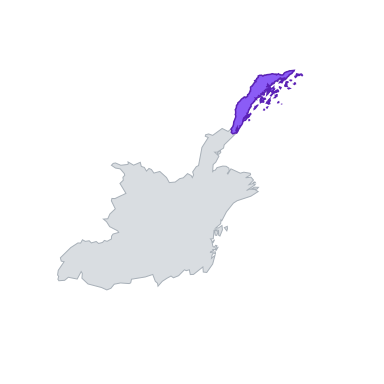 Tanintharyi on a map of Myanmar (orthographic projection), rotated 231°
{"feature_id": "MMR-3279", "entity_name": "Tanintharyi", "entity_type": "Division", "adm_level": 1, "iso_a3": "MMR", "parent_name": "Myanmar", "parent_adm1": "", "projection": "orthographic", "projection_center": [98.437, 12.445], "detail": "fine", "context": "in_parent", "style": "filled", "palette": "violet", "viewbox_px": 384, "rotation_deg": 231, "n_neighbors": 0, "source": "natural_earth", "source_scale": "10m", "svg_char_len": 9843}
<svg xmlns="http://www.w3.org/2000/svg" viewBox="0 0 384 384"><g transform="rotate(231 192 192)"><path d="M247.6,170.5L243.8,168.7L241.1,170.4L236.9,169.8L237.4,173.4L235.0,174.6L230.7,174.3L228.2,179.9L219.3,181.3L213.6,180.3L210.3,185.2L210.1,190.8L208.5,194.2L209.1,200.1L205.4,201.7L203.0,201.3L204.3,204.0L207.2,205.2L209.0,211.3L208.4,213.7L220.4,227.8L224.1,238.9L227.0,237.4L227.9,238.5L226.7,241.4L223.0,243.7L222.4,255.4L216.3,258.2L216.5,262.1L217.2,264.9L222.6,272.7L228.7,278.1L232.1,283.8L232.8,292.1L231.9,295.6L233.5,300.6L236.7,303.9L240.2,317.1L233.1,328.7L225.8,336.4L224.9,344.5L222.5,347.2L221.4,344.6L220.9,336.1L224.4,330.8L225.5,320.4L227.8,318.2L226.6,317.1L223.8,317.9L224.8,309.5L223.1,309.1L224.5,307.4L222.7,293.3L217.2,283.5L216.4,279.3L215.6,285.0L214.9,283.9L214.8,276.1L211.6,267.7L211.9,266.9L213.4,267.7L212.1,265.8L210.9,266.2L210.0,264.1L208.4,246.7L206.3,244.2L207.1,236.6L208.7,234.7L202.9,235.5L200.2,229.2L200.0,225.7L194.4,220.4L195.3,222.1L194.3,223.8L195.2,226.8L192.8,232.2L190.5,234.7L187.3,235.7L184.9,234.1L184.3,231.2L183.4,231.2L185.5,236.8L176.2,241.4L174.8,244.7L169.9,249.0L168.5,248.4L169.3,242.6L166.4,247.2L162.6,247.3L161.8,241.0L160.2,244.6L157.9,245.7L158.8,235.3L158.1,238.3L154.4,242.4L150.7,243.7L151.7,235.1L156.8,221.6L157.3,217.1L154.9,206.3L150.9,197.1L152.1,197.0L149.3,194.3L149.1,187.6L147.4,190.0L147.1,194.2L143.5,191.9L140.2,186.0L141.6,185.5L145.5,188.4L147.8,186.8L148.4,185.0L142.3,179.1L143.9,176.8L141.9,176.8L136.6,174.0L135.1,174.5L135.7,176.9L134.6,177.6L132.6,173.8L134.2,172.0L132.9,172.0L133.9,168.7L133.4,168.2L130.8,172.5L129.3,171.4L131.0,169.3L130.4,168.0L128.2,165.4L128.3,170.0L123.0,162.7L120.2,152.8L122.7,150.4L126.9,153.3L127.0,141.3L128.9,138.7L133.2,141.0L134.5,138.0L136.3,137.2L135.4,128.9L137.0,123.6L139.9,122.8L140.7,118.5L141.3,112.7L140.2,106.3L142.7,107.8L145.7,107.3L152.6,109.6L155.4,102.2L162.3,90.1L160.0,87.2L160.4,85.5L166.3,79.2L169.3,73.5L168.2,68.4L169.5,64.2L174.7,61.6L186.0,53.3L194.3,52.2L197.7,55.5L199.9,55.8L196.6,48.0L203.6,42.2L203.5,37.5L206.8,32.7L208.6,32.9L210.3,35.3L212.1,35.3L215.3,38.8L218.3,48.7L220.6,46.9L223.7,48.3L225.1,62.8L224.2,71.3L222.4,73.3L223.8,76.8L220.8,78.0L218.8,81.4L215.8,81.7L213.8,86.4L210.8,87.0L209.1,90.7L209.5,93.4L207.1,95.0L206.2,99.8L208.3,101.7L209.0,104.2L206.7,109.6L208.6,109.8L216.9,106.2L222.7,106.9L226.7,106.1L224.2,109.7L226.6,114.4L227.2,121.8L235.9,123.8L237.4,125.7L235.4,127.9L232.5,139.8L244.0,141.4L244.4,146.0L246.9,147.6L247.3,150.2L248.9,151.0L255.1,150.8L258.8,147.6L263.5,146.2L263.8,148.8L262.7,150.8L257.6,153.5L254.1,159.0L253.9,160.2L255.6,161.2L249.6,163.5L247.6,170.5ZM143.9,182.9L147.6,185.1L146.8,186.8L144.4,186.9L142.7,183.9L143.9,182.9ZM218.3,301.7L220.8,305.2L218.3,307.6L218.3,301.7ZM143.1,197.8L141.2,196.5L139.9,194.6L144.0,194.7L143.1,197.8ZM221.9,316.7L221.9,321.3L220.4,320.8L219.4,316.9L221.9,316.7ZM156.4,243.7L153.8,246.6L153.4,244.1L157.0,240.5L156.4,243.7ZM206.2,240.2L204.6,239.2L204.4,236.6L205.6,235.8L206.6,237.1L206.2,240.2ZM216.8,322.3L216.4,320.8L218.1,317.1L217.8,320.3L216.8,322.3ZM215.8,330.9L218.0,334.4L217.6,335.0L215.6,332.3L214.4,332.5L215.8,330.9ZM223.3,314.1L221.0,315.1L220.9,311.9L223.3,314.1ZM217.9,346.9L215.0,349.9L215.4,348.2L217.9,346.9ZM132.0,174.3L132.9,178.0L131.3,173.6L132.0,174.3ZM218.4,294.4L218.3,297.3L217.5,292.7L218.4,294.4ZM140.4,177.1L140.7,179.5L139.2,176.1L140.4,177.1ZM215.3,310.8L213.7,309.3L214.2,308.3L215.1,308.6L215.3,310.8ZM214.2,306.6L213.1,308.5L212.0,307.4L212.9,306.6L214.2,306.6ZM214.4,317.9L214.4,319.6L213.2,315.8L214.4,317.9ZM160.3,247.2L159.1,247.1L160.7,245.3L160.9,246.0L160.3,247.2ZM222.2,331.2L221.1,330.9L221.9,329.1L222.2,331.2Z" fill="#d9dde1" stroke="#a8b0b8" stroke-width="1"/><path d="M216.3,261.8L217.2,265.1L218.1,266.5L220.1,268.5L222.2,272.4L223.1,273.5L224.3,274.3L224.9,274.3L225.7,275.5L227.7,277.0L228.7,277.4L229.0,278.4L229.9,279.8L231.3,281.1L231.5,282.7L232.4,283.8L232.4,286.1L233.0,288.8L233.0,290.5L232.7,290.9L233.0,292.2L232.7,292.7L231.7,292.9L231.5,293.2L231.4,295.5L232.6,296.5L232.4,297.6L232.8,299.0L233.4,299.7L233.6,301.0L234.3,301.2L234.5,301.9L236.6,303.4L236.7,304.6L236.4,305.3L237.8,310.1L237.5,311.1L239.0,310.9L238.6,312.9L239.5,313.7L239.3,315.5L240.5,316.5L240.1,318.0L239.0,319.5L237.5,320.0L237.1,322.0L236.4,322.8L236.0,324.1L234.0,327.1L233.5,328.7L231.2,330.6L230.8,331.5L230.0,331.3L229.8,331.5L229.5,333.6L228.1,333.9L227.7,334.5L227.0,334.6L226.0,335.9L225.7,337.0L226.2,337.7L226.4,339.2L225.7,341.7L225.2,342.4L224.8,343.9L222.2,348.0L221.8,347.3L221.7,345.2L221.3,344.4L221.9,341.5L221.4,340.0L221.4,338.2L220.8,336.9L220.8,335.5L220.8,335.2L221.4,335.2L221.9,335.8L222.1,335.4L221.8,335.0L222.2,335.0L222.5,335.3L223.2,333.9L223.1,333.4L223.7,333.1L222.9,333.0L222.8,332.6L224.0,332.0L224.4,332.2L225.1,331.9L225.2,330.9L224.7,330.4L225.2,329.8L225.0,328.9L224.4,328.8L224.1,328.3L225.2,327.9L225.8,325.9L225.2,324.5L225.3,323.9L224.8,323.9L225.1,322.9L226.1,322.8L225.8,321.6L225.3,321.7L225.1,321.4L225.4,319.5L225.7,318.8L226.8,318.9L226.9,318.4L228.1,318.6L227.8,318.1L226.6,317.9L226.2,317.6L226.9,316.3L226.7,315.9L226.8,316.2L226.0,317.4L225.6,317.4L225.0,317.9L224.9,318.6L224.4,318.8L223.3,318.0L223.2,317.3L223.7,316.9L223.2,316.7L223.6,316.3L224.0,316.3L224.5,315.5L224.9,315.4L224.7,315.2L222.3,315.4L222.8,315.0L224.2,314.7L224.7,314.1L225.2,314.0L225.2,313.4L224.9,312.5L225.0,312.3L224.2,312.3L223.7,311.8L223.6,311.1L225.0,309.8L224.9,309.3L224.2,309.3L223.1,310.0L222.5,309.8L222.1,309.2L222.6,308.3L224.4,307.9L224.9,307.4L223.2,306.0L223.4,305.0L224.8,304.8L225.0,304.5L223.8,304.2L223.5,303.7L224.0,302.6L224.4,302.6L224.3,301.7L224.7,300.9L224.0,300.9L223.9,300.6L224.5,300.3L223.4,300.2L224.0,299.6L223.7,298.2L223.0,297.5L223.4,296.9L222.9,295.7L222.8,292.9L221.5,291.8L221.3,291.0L221.1,291.2L220.8,290.0L221.0,289.0L220.7,289.6L220.5,288.8L220.1,288.3L220.2,287.7L218.7,285.8L217.9,284.2L218.1,284.1L217.2,283.8L217.3,281.5L217.0,280.3L217.0,278.9L216.3,277.8L216.1,278.6L216.4,279.0L216.4,279.5L216.1,280.2L216.4,281.2L216.1,283.5L216.4,284.6L215.9,286.1L216.2,286.8L215.9,286.9L215.6,286.5L215.5,286.9L215.3,286.1L215.6,285.7L215.4,285.3L215.7,285.1L215.6,284.5L215.9,284.4L214.8,284.1L215.0,283.6L214.6,283.4L214.5,282.9L214.6,282.4L214.9,282.5L214.9,280.6L214.5,280.2L214.1,278.7L214.9,277.0L214.7,276.0L214.9,276.0L213.8,274.7L213.0,273.2L212.8,272.1L213.1,270.9L212.5,271.2L211.7,268.8L211.9,268.4L211.2,267.6L211.2,267.1L211.5,266.7L212.2,266.5L213.0,267.5L213.6,267.8L212.8,266.6L213.1,266.5L212.5,266.1L212.7,265.8L212.3,265.2L212.0,266.0L211.4,265.2L211.5,266.2L211.1,266.6L210.6,266.5L209.7,263.8L210.7,262.7L211.5,260.4L213.5,260.0L214.8,261.7L216.3,261.8ZM220.9,303.3L220.7,305.5L218.9,307.7L218.1,307.5L218.7,305.6L218.4,304.8L218.7,304.4L218.1,303.0L218.4,301.5L219.9,302.4L219.7,303.2L220.2,304.2L220.6,303.0L220.9,303.3ZM222.1,316.7L222.4,317.5L222.3,319.9L221.9,320.6L222.1,321.5L220.8,320.5L220.3,320.8L220.3,320.2L220.0,320.2L220.1,319.7L219.4,318.7L219.9,318.4L219.4,317.6L220.0,317.3L219.3,317.0L222.1,316.7ZM217.7,316.8L218.2,317.2L218.5,318.0L218.1,318.4L217.8,321.8L217.4,322.5L217.0,321.9L216.9,322.4L216.4,322.5L216.7,322.8L216.0,322.8L215.8,322.4L216.4,322.2L216.2,321.4L216.6,321.0L216.4,320.4L217.1,319.8L217.0,319.1L217.7,316.8ZM222.5,313.3L224.1,314.2L224.1,314.5L222.7,314.5L221.7,315.1L221.1,315.2L220.8,314.5L221.0,313.6L220.5,313.1L220.4,311.4L221.8,313.2L222.5,313.3ZM217.5,333.4L217.7,334.3L218.0,334.3L217.8,334.8L218.0,335.1L217.2,335.8L216.9,335.6L217.0,335.0L217.3,334.9L217.0,334.6L217.1,333.5L216.4,332.6L216.0,332.3L215.9,332.5L215.8,332.0L215.5,331.9L214.7,332.6L214.3,332.5L215.4,331.0L215.9,330.9L216.5,331.3L216.9,332.8L217.5,333.4ZM218.0,346.9L217.6,346.9L217.9,347.6L217.6,347.7L217.1,348.5L216.0,348.9L215.3,350.4L215.0,349.8L215.2,348.5L217.0,346.8L218.0,346.9ZM214.1,307.1L213.9,307.7L213.2,308.0L213.1,308.7L212.8,308.1L212.1,308.0L212.6,307.4L212.5,307.2L212.0,307.5L212.0,307.0L213.4,306.4L213.1,307.0L213.8,307.2L214.3,306.0L214.8,306.8L214.5,307.1L214.1,307.1ZM218.0,294.7L218.4,294.6L218.7,294.9L218.1,295.6L218.3,297.4L218.1,297.6L217.1,293.7L217.2,292.4L217.6,292.7L218.0,294.7ZM214.7,310.1L215.3,309.9L215.4,311.0L215.0,310.5L214.3,310.6L213.7,309.8L213.8,308.8L214.3,308.4L214.9,308.4L215.1,308.9L214.7,310.1ZM214.0,318.5L214.5,319.7L213.2,318.4L213.5,318.2L213.4,317.6L213.2,317.4L213.0,316.1L213.3,315.7L213.3,316.5L213.9,317.2L214.0,318.0L214.4,317.9L214.0,318.5ZM221.9,331.0L221.6,331.5L221.1,331.0L221.9,329.1L222.2,330.0L222.2,331.4L221.9,331.0ZM216.1,345.7L215.9,345.2L216.0,344.5L217.1,344.8L217.0,345.3L216.4,345.7L216.1,347.0L216.1,345.7ZM221.4,332.4L222.2,333.0L222.4,333.4L221.9,334.2L221.4,334.1L221.9,333.7L221.5,333.6L221.4,332.4ZM221.7,304.8L221.7,306.1L221.4,306.4L221.0,306.0L221.5,304.5L221.7,304.8ZM217.3,303.6L217.9,304.3L217.8,304.7L217.4,304.8L216.9,304.5L217.0,303.8L217.3,303.6ZM211.0,333.2L211.5,331.9L212.2,331.9L211.8,332.8L211.0,333.2ZM217.7,326.3L218.1,326.4L217.2,326.9L216.7,325.9L217.8,325.8L217.7,326.3ZM211.5,339.3L211.4,339.5L211.7,339.6L212.0,340.1L211.6,340.3L211.8,340.7L211.5,340.8L211.1,340.5L211.4,340.2L211.2,339.4L211.5,339.3ZM214.0,351.3L213.3,351.3L213.2,350.8L213.8,350.7L214.0,351.3ZM217.3,315.8L217.4,315.0L217.5,314.9L217.9,315.4L217.6,315.9L217.3,315.8ZM207.4,315.0L207.6,315.3L207.5,316.1L207.2,316.0L207.0,315.6L207.4,315.0ZM217.0,338.7L216.8,339.2L216.3,339.5L216.2,338.9L217.0,338.7ZM217.5,314.5L217.2,314.6L216.9,314.1L217.0,313.9L217.4,313.8L217.5,314.5ZM210.1,303.2L210.5,303.1L210.7,303.7L210.5,304.1L210.1,303.2ZM211.7,281.4L212.1,281.5L211.7,282.6L211.7,281.4ZM210.3,300.0L210.3,299.7L210.6,299.5L210.8,300.0L210.3,300.0ZM220.5,331.2L220.3,330.7L220.6,330.5L220.5,331.2ZM204.3,317.1L203.9,317.0L203.7,316.8L204.3,317.1Z" fill="#8b5cf6" stroke="#5b21b6" stroke-width="1.5"/></g></svg>